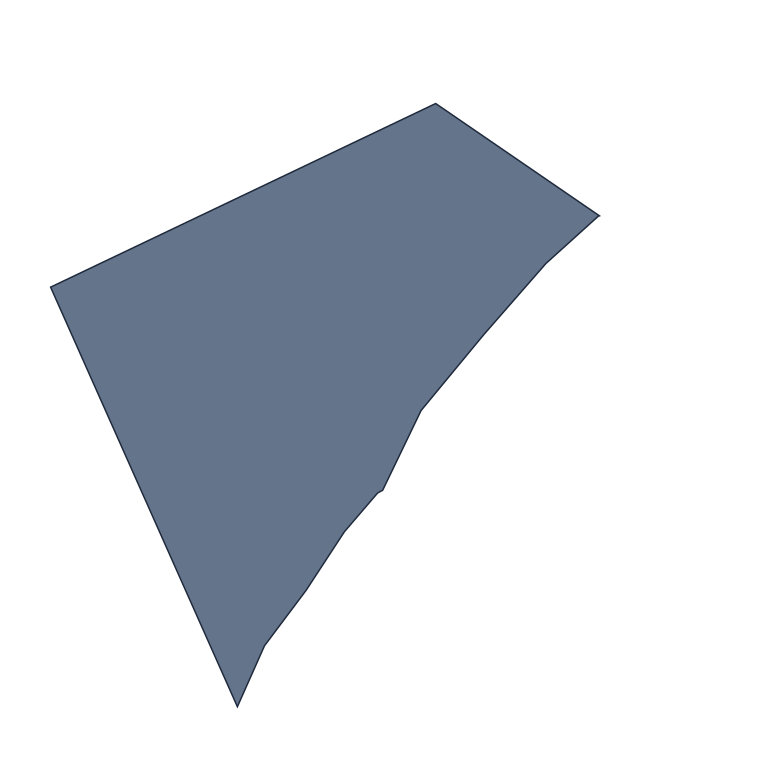 outline of 37, Ad Dawhah, Qatar, rotated 66°
{"feature_id": "91078587B81580735513592", "entity_name": "37", "entity_type": "district", "adm_level": 2, "iso_a3": "QAT", "parent_name": "Qatar", "parent_adm1": "Ad Dawhah", "projection": "robinson", "projection_center": [51.498, 25.303], "detail": "fine", "context": "isolated", "style": "filled", "palette": "slate", "viewbox_px": 768, "rotation_deg": 66, "n_neighbors": 0, "source": "geoboundaries", "source_scale": "gbopen_adm2", "svg_char_len": 362}
<svg xmlns="http://www.w3.org/2000/svg" viewBox="0 0 768 768"><g transform="rotate(66 384 384)"><path d="M619.2,649.2L574.5,599.6L540.7,538.9L502.9,480.3L481.0,434.2L480.5,428.4L423.3,360.9L379.6,273.0L339.8,187.1L317.9,120.1L318.0,118.8L148.8,222.7L148.9,227.5L159.9,649.2L615.0,649.2L619.2,649.2Z" fill="#64748b" stroke="#1e293b" stroke-width="1.5"/></g></svg>